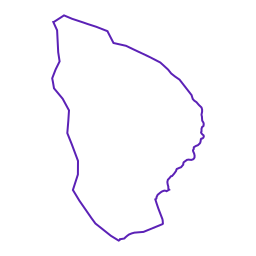 Kobé, Wadi Fira, Chad
{"feature_id": "50815135B20529104749764", "entity_name": "Kobé", "entity_type": "district", "adm_level": 2, "iso_a3": "TCD", "parent_name": "Chad", "parent_adm1": "Wadi Fira", "projection": "robinson", "projection_center": [22.719, 15.288], "detail": "fine", "context": "isolated", "style": "outline", "palette": "violet", "viewbox_px": 256, "rotation_deg": 0, "n_neighbors": 0, "source": "geoboundaries", "source_scale": "gbopen_adm2", "svg_char_len": 2593}
<svg xmlns="http://www.w3.org/2000/svg" viewBox="0 0 256 256"><path d="M119.6,240.1L119.9,239.2L121.4,239.0L123.7,238.6L124.3,238.5L124.6,238.3L125.0,237.7L127.7,235.4L127.9,235.3L129.3,234.3L129.5,234.3L131.7,233.4L134.6,232.6L135.0,232.6L143.5,231.9L162.3,224.2L162.9,223.7L162.7,220.6L162.4,219.1L158.3,208.4L156.6,203.4L156.1,201.8L155.4,199.6L155.5,199.6L156.3,198.6L156.4,198.4L156.4,198.0L156.5,197.8L156.5,197.2L156.9,196.4L157.6,194.9L158.1,194.4L158.4,194.2L160.1,192.8L161.0,192.1L161.7,191.7L162.3,191.3L162.7,191.2L164.3,190.6L165.6,190.8L165.8,190.8L166.6,191.2L169.0,189.8L169.2,189.7L168.4,188.7L168.3,187.4L168.3,186.5L168.2,186.3L168.1,185.9L167.7,184.4L167.4,182.5L167.4,182.4L167.4,181.8L167.5,181.3L167.9,179.7L169.1,178.5L169.6,177.9L170.2,177.2L170.5,176.8L170.6,176.7L170.9,176.3L171.0,176.3L172.1,176.0L174.0,173.8L174.1,173.7L176.1,170.9L176.4,169.7L176.5,169.6L176.7,169.1L176.9,168.9L178.4,168.3L179.2,167.9L180.4,167.5L181.1,167.2L183.1,164.8L183.2,164.7L183.3,164.0L183.3,163.6L183.4,163.0L183.7,162.3L183.8,162.2L184.6,161.6L186.8,160.0L186.9,159.9L188.5,159.6L190.1,159.8L191.5,159.9L193.3,159.2L194.0,158.4L194.5,157.5L194.5,157.4L194.5,156.9L194.6,156.0L194.6,155.9L194.6,155.7L194.2,153.8L194.2,153.7L193.4,151.9L193.1,151.1L193.0,150.2L193.4,149.5L193.5,149.4L193.7,149.1L193.8,147.7L193.8,147.4L193.9,147.2L196.0,145.9L197.1,145.5L197.9,145.2L199.6,143.6L200.2,142.8L200.6,141.3L200.7,140.5L200.9,139.1L201.4,138.6L201.5,138.6L202.4,138.5L203.3,137.7L203.8,136.6L203.6,135.4L202.3,134.3L202.1,134.1L201.4,133.1L201.1,132.7L201.1,132.1L201.4,131.6L201.5,131.4L201.5,131.2L201.5,130.7L201.5,128.9L202.0,127.3L202.0,127.2L203.3,126.1L203.5,125.9L203.6,125.2L203.6,124.8L203.6,124.6L203.7,124.4L203.7,123.7L203.4,122.6L202.6,121.3L202.3,120.8L202.2,120.6L201.9,116.5L201.9,116.4L201.8,116.1L201.5,114.8L201.5,114.6L202.1,111.7L202.1,111.1L202.1,109.5L201.5,107.5L200.7,106.7L199.0,105.1L198.9,105.0L197.6,103.5L196.5,102.2L196.4,102.1L194.9,101.1L194.0,100.4L192.7,98.9L192.7,98.7L191.7,95.7L191.7,95.3L191.4,94.9L186.9,89.1L179.5,79.6L175.0,76.5L171.2,73.5L168.1,69.6L160.3,62.5L149.4,56.9L133.5,49.4L126.0,45.8L113.5,43.0L108.2,32.7L107.5,31.2L96.3,26.8L87.6,24.0L83.6,22.6L72.1,18.8L71.8,18.7L71.4,18.5L64.0,15.4L59.4,18.4L59.2,18.5L54.1,21.8L53.3,22.0L57.1,30.3L58.2,52.2L59.6,61.4L55.6,69.5L52.2,78.3L53.0,82.4L54.0,88.3L62.7,98.8L69.0,110.4L68.3,121.0L67.3,133.1L71.9,144.6L78.0,160.9L77.9,174.5L72.9,190.0L75.1,193.6L79.4,200.7L91.3,217.9L95.4,223.5L104.1,230.4L110.9,235.8L118.7,240.6L119.6,240.1Z" fill="none" stroke="#5b21b6" stroke-width="2"/></svg>